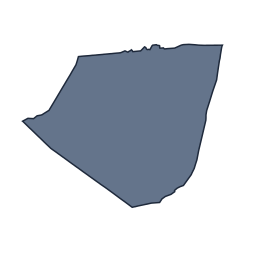 the district of San Antonino Monte Verde, Oaxaca, Mexico, rotated 263°
{"feature_id": "50627088B33135949897884", "entity_name": "San Antonino Monte Verde", "entity_type": "district", "adm_level": 2, "iso_a3": "MEX", "parent_name": "Mexico", "parent_adm1": "Oaxaca", "projection": "mercator", "projection_center": [-97.729, 17.523], "detail": "fine", "context": "isolated", "style": "filled", "palette": "slate", "viewbox_px": 256, "rotation_deg": 263, "n_neighbors": 0, "source": "geoboundaries", "source_scale": "gbopen_adm2", "svg_char_len": 2133}
<svg xmlns="http://www.w3.org/2000/svg" viewBox="0 0 256 256"><g transform="rotate(263 128 128)"><path d="M204.9,87.5L200.6,85.7L198.0,84.5L197.1,84.1L191.2,79.6L186.9,76.4L186.7,76.2L185.3,75.1L181.7,72.3L178.2,69.6L177.3,68.9L176.8,68.5L176.6,68.3L176.3,68.1L175.5,67.5L170.6,63.7L166.3,60.4L161.8,56.9L156.3,52.6L155.2,51.8L153.8,48.9L153.5,48.2L151.9,44.8L151.8,44.6L151.6,44.2L151.4,43.0L151.3,41.2L151.2,39.3L148.8,35.4L149.8,29.8L149.1,28.1L147.6,24.2L147.2,24.6L143.2,27.8L139.8,30.5L138.9,31.3L132.1,36.8L131.1,37.6L125.7,42.0L123.9,43.4L117.6,48.6L117.4,48.7L116.9,49.2L111.8,54.8L111.2,55.4L102.4,64.9L101.9,65.4L99.2,68.3L95.3,72.5L94.8,73.1L90.2,78.0L86.1,82.5L85.5,83.1L79.5,89.6L76.6,92.8L75.7,93.7L73.5,96.2L73.3,96.4L72.1,97.8L64.9,105.5L62.7,107.8L58.5,112.2L55.1,115.9L48.8,122.5L49.1,125.2L49.0,125.3L49.4,128.5L50.6,142.2L50.2,150.3L53.5,153.1L55.5,156.7L56.9,162.6L59.1,166.6L60.4,166.6L62.3,169.5L63.4,172.5L64.2,176.0L67.0,178.6L74.0,185.1L75.4,185.9L79.8,188.8L83.9,190.6L88.0,192.5L97.0,195.4L112.1,201.0L126.2,206.2L128.4,206.6L131.5,207.0L135.7,208.2L144.8,212.4L154.0,216.5L164.9,221.8L172.1,223.7L183.6,226.9L186.0,227.8L189.9,228.8L192.9,229.7L194.3,230.1L196.0,230.6L197.7,231.2L198.7,231.8L200.8,213.4L201.6,208.4L202.5,204.4L203.6,198.7L203.7,197.3L204.0,193.2L203.8,191.2L203.6,190.4L202.4,186.6L201.7,184.3L201.6,183.9L202.0,176.4L202.0,174.7L202.1,173.7L203.2,172.9L203.2,171.5L203.4,169.4L204.0,169.2L205.5,169.5L206.1,169.0L206.4,167.4L207.2,166.3L207.2,164.1L207.2,162.6L206.6,161.8L205.7,161.2L203.1,159.3L203.5,158.2L203.5,156.6L204.2,155.9L205.6,155.5L205.9,155.2L206.5,154.3L205.3,152.8L203.8,151.0L203.0,149.9L203.1,145.9L203.2,142.1L204.5,141.5L205.2,140.8L204.7,140.4L204.0,138.4L203.6,137.7L203.4,137.4L203.3,137.1L203.4,136.9L204.9,134.4L204.2,131.9L203.8,130.6L203.6,129.6L203.6,128.2L203.7,126.0L203.8,122.8L203.8,120.9L203.9,119.4L203.9,118.9L204.0,115.4L204.1,113.1L204.1,111.5L204.2,109.0L204.3,106.0L204.3,104.9L204.4,102.9L204.4,102.3L204.5,101.5L204.5,99.3L204.6,96.8L204.7,94.6L204.8,92.8L204.9,89.0L204.9,87.5Z" fill="#64748b" stroke="#1e293b" stroke-width="1.5"/></g></svg>